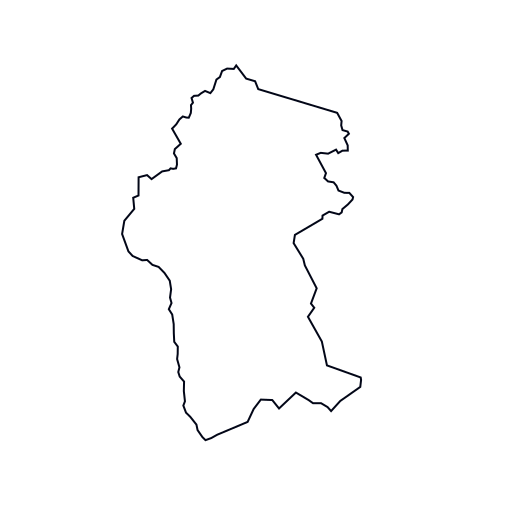 José Enrique Rodó, Soriano, Uruguay (Equal Earth projection), rotated 144°
{"feature_id": "84410073B24833615442203", "entity_name": "José Enrique Rodó", "entity_type": "district", "adm_level": 2, "iso_a3": "URY", "parent_name": "Uruguay", "parent_adm1": "Soriano", "projection": "equal_earth", "projection_center": [-57.536, -33.632], "detail": "fine", "context": "isolated", "style": "outline", "palette": "ink", "viewbox_px": 512, "rotation_deg": 144, "n_neighbors": 0, "source": "geoboundaries", "source_scale": "gbopen_adm2", "svg_char_len": 1815}
<svg xmlns="http://www.w3.org/2000/svg" viewBox="0 0 512 512"><g transform="rotate(144 256 256)"><path d="M154.9,279.0L150.7,281.9L147.9,302.6L143.0,301.4L137.5,296.4L128.7,295.0L129.0,290.9L124.1,290.4L119.8,287.3L116.8,291.6L115.2,299.5L109.0,300.3L108.7,302.8L112.0,307.0L110.3,311.6L107.4,314.9L106.2,324.1L156.1,389.7L154.0,397.9L159.7,405.3L160.0,421.8L164.0,420.4L169.2,424.6L174.7,425.6L180.0,422.0L184.3,422.0L192.6,415.9L197.2,414.6L200.2,419.5L204.8,419.9L208.4,419.7L212.0,422.0L215.3,421.7L216.9,417.1L219.9,416.3L221.9,413.2L224.7,410.0L229.1,407.4L231.0,409.0L233.2,411.9L237.7,411.5L243.1,409.4L246.9,408.7L249.0,408.4L250.9,391.0L258.8,390.2L262.1,387.2L262.6,381.8L266.2,376.4L269.2,373.9L271.8,375.2L273.6,377.1L276.0,376.6L282.2,379.6L295.3,379.6L296.6,385.5L304.7,388.7L315.5,374.0L321.1,375.3L326.8,365.7L341.8,361.9L351.4,352.5L356.5,334.7L355.8,328.5L350.6,319.4L346.4,316.8L345.0,309.7L341.2,304.4L340.0,296.1L340.3,286.7L344.2,279.0L350.0,272.9L352.0,267.6L357.8,264.2L358.2,257.9L362.6,249.3L367.9,241.8L372.6,234.6L372.5,228.7L377.0,222.7L380.4,219.0L383.4,210.9L387.1,207.8L388.6,203.3L388.0,196.7L393.8,189.1L398.9,180.2L402.7,177.7L404.7,170.4L403.7,164.5L403.3,154.6L405.6,149.5L405.8,141.0L405.1,136.7L399.2,135.0L392.4,134.2L360.3,126.7L347.8,133.6L336.5,137.0L327.5,129.9L327.0,119.1L304.0,122.1L298.1,108.5L296.4,103.4L289.9,98.7L286.9,91.7L286.4,86.4L273.0,89.2L248.6,88.8L243.8,94.0L242.7,96.2L262.9,125.8L253.0,148.1L249.7,176.3L239.3,179.9L239.5,185.2L225.9,194.2L222.0,219.7L219.4,226.0L218.0,244.3L212.1,250.2L180.4,247.1L178.4,249.6L170.8,248.8L164.3,240.9L161.1,240.9L158.5,243.2L151.3,243.7L144.7,245.0L142.8,246.6L143.4,252.2L147.4,255.2L150.8,260.5L149.6,265.6L149.9,270.0L153.9,274.0L154.5,277.2L154.9,279.0Z" fill="none" stroke="#020617" stroke-width="2"/></g></svg>